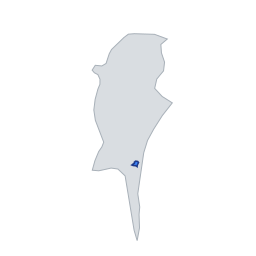 Platani, Cyprus (highlighted), rotated 116°
{"feature_id": "46923920B1049795521369", "entity_name": "Platani", "entity_type": "district", "adm_level": 2, "iso_a3": "CYP", "parent_name": "Cyprus", "parent_adm1": "", "projection": "mercator", "projection_center": [33.769, 35.33], "detail": "fine", "context": "in_parent", "style": "filled", "palette": "blue", "viewbox_px": 256, "rotation_deg": 116, "n_neighbors": 0, "source": "geoboundaries", "source_scale": "gbopen_adm2", "svg_char_len": 1475}
<svg xmlns="http://www.w3.org/2000/svg" viewBox="0 0 256 256"><g transform="rotate(116 128 128)"><path d="M179.3,135.6L181.6,141.6L171.8,143.4L162.0,144.0L156.5,143.2L151.4,143.6L135.4,160.7L126.8,166.6L116.6,170.1L106.2,172.1L101.0,172.4L96.4,174.6L93.2,178.5L93.1,182.4L91.7,185.6L86.0,184.9L83.7,178.7L79.6,176.0L69.5,177.4L64.6,177.2L48.4,171.3L43.5,168.8L40.5,163.7L32.2,145.3L30.8,131.7L38.5,135.1L45.8,130.9L52.8,124.0L61.1,121.1L66.3,122.4L71.4,123.6L80.7,121.4L84.7,111.1L86.0,99.2L101.7,102.6L117.6,104.4L130.6,105.0L143.4,103.0L182.8,90.4L193.9,82.8L200.8,80.2L212.7,73.9L225.2,70.4L217.2,77.7L172.3,109.6L169.3,119.1L171.4,125.6L177.7,133.5L179.3,135.6Z" fill="#d9dde1" stroke="#a8b0b8" stroke-width="1"/><path d="M154.4,103.4L154.3,103.8L154.0,104.2L153.8,104.5L153.9,105.0L154.1,105.3L154.1,105.6L154.2,105.9L154.3,106.3L154.4,106.6L154.6,106.8L154.9,106.9L155.1,106.9L155.5,107.1L155.8,107.3L156.1,107.1L156.4,106.8L156.8,106.8L156.8,107.1L157.1,107.2L157.4,107.2L158.0,107.3L158.3,107.5L158.5,107.7L158.6,108.0L159.1,108.0L159.3,108.1L159.6,108.3L159.6,107.9L159.5,107.5L159.4,107.2L159.5,106.9L159.4,106.7L159.3,106.4L159.1,106.2L159.0,105.8L159.0,105.6L158.9,105.4L158.8,105.1L158.7,105.1L158.6,104.9L158.5,104.6L158.5,104.4L158.6,104.2L158.6,103.8L158.6,103.7L158.6,103.3L158.6,103.2L158.7,102.9L158.4,103.0L158.0,103.2L157.8,103.2L157.4,103.3L156.8,103.4L156.1,103.4L154.8,103.4L154.4,103.4Z" fill="#3b82f6" stroke="#1e3a8a" stroke-width="1.5"/></g></svg>